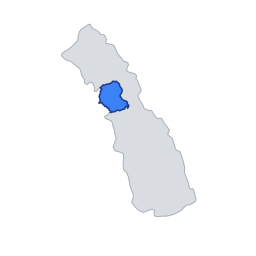 location of Bagmati within Nepal, rotated 219°
{"feature_id": "NPL-1130", "entity_name": "Bagmati", "entity_type": "District", "adm_level": 1, "iso_a3": "NPL", "parent_name": "Nepal", "parent_adm1": "", "projection": "robinson", "projection_center": [85.32, 27.846], "detail": "fine", "context": "in_parent", "style": "filled", "palette": "blue", "viewbox_px": 256, "rotation_deg": 219, "n_neighbors": 0, "source": "natural_earth", "source_scale": "10m", "svg_char_len": 4805}
<svg xmlns="http://www.w3.org/2000/svg" viewBox="0 0 256 256"><g transform="rotate(219 128 128)"><path d="M225.0,142.3L226.0,143.1L226.1,144.4L225.9,145.8L224.9,148.8L224.0,151.0L223.0,155.5L222.1,163.3L222.3,164.7L225.2,169.2L226.4,172.6L226.5,175.0L225.3,178.9L223.9,183.4L223.3,184.4L222.5,184.7L218.9,183.2L216.5,183.4L213.7,184.3L210.7,184.1L208.3,183.6L205.2,185.4L202.3,184.4L200.4,183.3L199.1,180.2L198.6,179.8L192.4,183.0L190.9,183.2L187.1,181.5L183.9,179.8L182.7,179.3L179.7,178.6L176.9,178.2L174.0,177.1L170.3,178.5L168.8,178.4L167.4,177.4L166.7,175.3L166.5,173.4L165.2,172.0L163.3,171.7L160.5,172.9L156.6,174.5L155.3,174.3L154.1,173.8L153.7,173.4L153.1,171.5L152.5,171.1L151.5,171.1L149.9,170.6L147.9,169.2L141.8,166.0L141.0,164.5L141.0,161.3L140.7,160.0L139.9,158.6L136.8,157.2L130.7,155.0L127.3,153.1L125.7,154.0L122.6,154.7L120.9,156.4L118.9,155.9L114.2,154.1L111.6,153.9L110.1,154.5L109.7,155.5L107.8,156.6L106.0,155.7L102.3,154.5L99.1,153.8L94.3,152.4L93.8,150.1L93.0,148.0L91.8,147.6L87.5,148.0L83.5,145.6L79.2,142.5L77.4,141.5L76.2,141.1L75.2,141.5L74.0,142.2L72.9,142.4L70.6,141.1L67.7,139.2L64.1,136.9L59.9,133.6L58.1,131.8L57.3,130.4L56.5,129.1L52.8,127.0L49.9,125.3L46.4,123.3L45.8,122.9L44.5,121.7L42.4,120.1L40.8,119.7L40.2,120.5L39.8,121.4L38.3,121.2L36.1,119.7L33.7,118.0L31.9,116.5L30.0,115.0L29.5,113.9L30.4,110.3L31.5,107.3L32.5,106.6L34.0,104.6L34.6,101.1L34.6,98.1L36.2,93.9L38.3,89.4L41.9,84.5L43.5,82.9L45.2,81.8L48.5,78.3L49.2,77.7L50.7,76.8L52.1,76.5L53.1,77.0L54.2,78.8L55.5,80.6L57.1,80.5L59.0,79.0L63.0,72.0L68.5,70.6L73.6,71.3L78.1,72.4L79.4,74.7L80.3,77.1L80.9,78.4L82.3,79.8L88.7,83.3L92.4,86.5L97.6,90.7L101.4,92.5L104.9,92.7L106.8,94.4L109.7,97.6L112.1,101.4L115.2,104.9L117.3,104.8L120.2,103.7L123.7,102.2L125.8,102.9L127.7,103.9L128.3,105.7L129.5,109.1L130.8,112.7L132.8,113.9L135.2,115.7L136.5,117.2L141.0,119.9L141.6,120.9L142.5,121.7L143.6,122.1L144.5,122.7L145.9,122.9L151.1,121.3L152.5,121.5L153.3,121.8L153.3,122.4L152.4,124.9L151.6,128.0L152.4,129.7L154.6,130.3L159.4,130.8L165.9,130.7L167.9,132.4L169.8,134.8L171.8,138.9L172.6,140.7L173.6,141.2L175.3,140.5L175.6,138.8L175.6,136.3L177.1,135.4L178.0,136.0L179.0,138.0L181.7,139.8L183.7,140.7L185.5,140.4L186.3,139.7L187.2,136.2L188.6,135.7L190.5,135.9L191.2,136.6L192.0,138.0L194.2,138.7L196.4,139.6L198.5,140.7L201.5,143.3L205.1,143.7L209.3,143.7L211.5,143.7L213.2,143.9L214.6,143.7L219.0,141.9L220.7,141.8L222.9,142.0L225.0,142.3Z" fill="#d9dde1" stroke="#a8b0b8" stroke-width="1"/><path d="M151.4,129.2L151.4,129.6L151.6,130.0L152.1,130.3L152.7,130.3L153.2,130.1L153.7,130.0L154.4,130.7L154.9,130.9L155.4,131.0L155.7,131.0L156.1,131.0L156.7,130.6L157.0,130.6L157.3,130.7L157.6,131.0L157.8,131.2L158.2,131.3L158.6,131.1L159.2,130.4L159.5,130.2L159.9,130.2L160.3,130.3L161.0,130.7L161.5,130.6L162.1,130.6L162.6,130.7L163.2,130.8L163.7,131.2L164.0,131.5L164.3,131.5L165.0,130.5L165.1,130.3L165.7,130.1L165.8,129.9L165.9,129.7L165.9,129.4L165.9,129.2L166.3,129.1L166.4,129.7L166.4,131.0L166.8,131.7L167.3,132.3L167.8,132.9L168.4,133.3L169.5,133.8L170.0,134.1L170.4,134.6L170.5,134.9L170.6,135.5L171.0,136.1L171.1,136.3L171.1,136.6L171.1,137.0L171.3,137.6L171.5,138.0L172.4,138.8L172.7,139.3L172.7,139.9L172.6,140.5L172.5,141.0L172.8,141.7L173.3,141.9L174.4,141.8L175.0,141.9L174.6,143.1L174.5,143.8L174.6,144.8L174.6,145.4L174.5,145.7L174.3,145.9L173.8,146.0L173.6,146.0L173.4,146.3L173.1,146.8L172.7,147.7L172.4,148.2L172.1,148.6L171.1,149.7L170.0,151.2L169.9,151.6L169.6,152.1L169.4,152.4L169.2,152.7L169.1,152.9L169.2,153.3L169.2,153.5L169.3,154.6L168.8,155.3L167.3,155.6L167.1,155.7L166.9,155.9L166.9,156.2L166.9,156.5L166.6,156.8L166.4,157.0L166.0,157.0L162.5,156.8L162.4,156.7L162.2,156.6L161.7,156.2L161.1,155.6L160.5,155.3L159.7,155.0L159.0,154.9L157.9,154.7L156.4,153.8L156.1,153.5L155.8,153.2L155.7,152.9L155.6,152.2L155.5,151.9L155.4,151.7L155.2,151.5L155.2,151.4L155.1,151.0L154.9,149.3L154.6,148.2L154.3,147.8L154.1,147.7L152.9,147.5L151.6,146.9L151.2,146.7L150.9,146.7L149.2,146.8L148.3,147.0L147.8,147.1L147.3,147.2L146.7,147.6L146.3,147.7L146.0,147.7L144.5,147.6L144.2,146.7L143.9,146.3L143.7,146.2L141.9,146.1L141.5,146.0L141.4,145.9L141.5,145.6L141.5,145.4L141.4,145.2L141.1,144.7L140.9,144.4L140.8,144.2L140.8,143.9L140.8,143.7L141.0,143.4L141.0,143.2L141.3,143.3L141.5,143.6L141.8,143.9L141.9,144.0L142.1,144.1L142.4,144.1L142.6,144.1L142.8,144.1L143.0,144.0L143.2,143.8L143.3,143.6L143.4,143.0L143.3,142.6L143.2,142.2L142.8,141.3L142.7,141.0L142.6,140.9L142.7,140.5L142.8,140.3L143.5,139.5L143.9,139.1L145.1,136.6L145.3,136.3L145.6,136.1L146.0,135.8L146.5,135.6L147.1,135.5L147.4,135.3L147.7,135.0L147.9,134.4L148.3,132.8L148.6,132.4L148.9,131.9L149.9,131.1L150.1,130.9L150.6,129.8L151.0,129.5L151.4,129.2L151.4,129.2Z" fill="#3b82f6" stroke="#1e3a8a" stroke-width="1.5"/></g></svg>